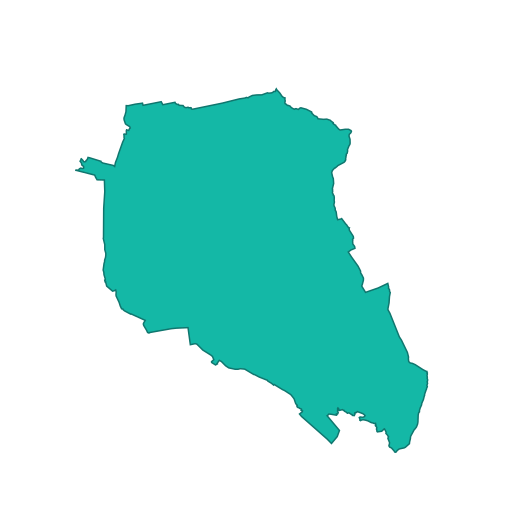 Mironeasa, Iasi, Romania, rotated 192°
{"feature_id": "2599482B12728862677042", "entity_name": "Mironeasa", "entity_type": "district", "adm_level": 2, "iso_a3": "ROU", "parent_name": "Romania", "parent_adm1": "Iasi", "projection": "robinson", "projection_center": [27.412, 46.987], "detail": "fine", "context": "isolated", "style": "filled", "palette": "teal", "viewbox_px": 512, "rotation_deg": 192, "n_neighbors": 0, "source": "geoboundaries", "source_scale": "gbopen_adm2", "svg_char_len": 6076}
<svg xmlns="http://www.w3.org/2000/svg" viewBox="0 0 512 512"><g transform="rotate(192 256 256)"><path d="M320.8,398.5L348.5,386.4L349.7,386.4L350.2,387.1L350.2,387.4L350.7,387.5L352.6,387.0L353.4,387.4L354.7,386.7L356.3,386.5L357.5,387.0L358.6,388.0L362.6,387.4L363.4,388.2L364.8,387.9L366.6,388.6L367.2,389.5L378.6,384.6L380.8,387.2L397.8,379.9L398.8,381.9L405.7,379.4L412.1,376.5L414.2,376.1L413.2,370.1L413.4,366.5L413.8,364.0L413.7,362.9L413.3,361.7L411.2,358.2L410.4,357.7L406.5,356.3L405.6,355.1L406.3,354.0L406.6,352.3L408.8,352.5L408.9,351.6L408.1,348.4L408.3,348.1L410.3,347.9L410.6,347.6L410.1,346.3L409.7,344.4L409.2,343.6L410.1,339.7L411.7,327.5L412.0,323.7L412.9,318.3L412.9,314.2L414.4,314.9L425.2,315.1L426.5,315.5L427.4,316.1L427.4,316.4L439.3,317.5L440.8,317.5L441.0,315.9L441.5,314.7L442.1,314.0L442.2,313.0L443.4,312.4L444.1,312.4L445.3,313.6L447.1,314.8L447.3,314.6L447.3,313.6L447.8,312.1L446.2,310.8L445.2,308.7L443.3,307.8L442.8,306.3L443.0,305.9L443.8,305.5L445.8,305.5L446.9,304.5L447.5,303.0L449.4,302.8L450.7,302.2L449.9,302.4L430.6,301.6L429.3,299.7L427.3,297.5L420.1,298.8L417.3,287.5L414.9,271.0L409.0,242.3L409.1,241.6L406.3,235.7L405.2,230.7L403.5,227.5L403.1,225.6L402.9,223.5L403.2,220.5L402.9,218.6L403.1,217.4L402.6,210.5L401.5,208.5L400.8,206.1L398.7,202.3L398.5,201.5L399.0,201.0L398.7,200.3L397.8,199.9L397.8,199.5L398.1,199.2L397.2,198.4L395.8,195.5L389.0,191.8L387.5,192.5L386.2,193.6L385.3,191.7L384.9,189.0L384.5,187.8L380.2,182.1L378.4,178.9L376.5,176.4L375.1,176.4L374.7,175.8L373.2,175.0L366.6,173.1L366.4,173.4L351.0,170.0L352.1,166.7L351.9,165.6L351.3,164.6L347.6,160.6L346.1,158.6L345.5,158.7L345.0,158.4L344.2,158.7L344.2,159.0L324.0,167.2L318.8,168.9L307.6,171.8L301.8,155.6L297.3,157.6L295.5,157.5L288.4,152.9L279.6,149.7L277.7,148.7L275.7,145.8L277.5,143.5L277.4,142.9L277.0,142.5L272.9,141.0L271.4,142.4L271.8,142.7L270.2,146.3L267.9,145.6L262.9,142.3L259.4,140.9L252.9,140.9L250.0,141.5L248.0,142.5L243.5,143.0L233.5,139.6L232.7,139.7L227.8,138.3L219.1,136.8L218.4,136.1L214.4,134.7L211.9,133.4L211.5,134.1L202.2,130.8L200.3,130.4L194.0,128.0L192.8,127.4L189.1,124.3L186.6,120.1L185.6,119.1L184.7,118.7L184.5,118.2L184.8,117.9L184.5,117.1L183.4,116.5L182.5,116.6L181.9,116.1L179.7,115.7L179.5,115.2L179.8,114.5L178.3,114.1L178.4,113.2L180.6,110.5L178.1,108.5L148.3,91.7L143.2,88.3L139.0,96.2L138.1,102.7L153.2,114.5L152.7,114.9L152.2,116.2L151.9,116.5L150.1,116.8L144.2,117.0L143.9,117.5L144.4,118.3L143.3,118.6L143.0,119.8L143.9,120.8L143.8,121.3L144.1,121.9L144.0,122.1L144.5,123.6L144.3,124.4L143.6,124.1L142.5,122.2L139.5,123.7L138.5,123.2L137.8,123.3L137.3,122.6L134.9,121.9L134.3,121.4L133.9,121.2L132.8,121.8L132.1,121.8L129.9,120.9L129.0,120.8L128.6,120.1L126.7,120.3L126.3,122.2L126.8,122.6L126.8,123.0L126.1,123.6L125.1,123.8L124.6,124.9L118.7,124.0L116.9,123.2L116.1,122.4L117.1,120.9L118.2,120.4L120.6,120.2L121.4,119.5L120.3,117.7L120.3,117.0L119.5,116.7L118.8,117.4L117.3,118.1L114.9,118.2L112.3,118.0L108.7,117.0L107.1,117.0L105.4,116.7L104.3,117.2L103.5,115.4L104.0,115.2L103.9,114.8L102.4,113.7L102.1,113.1L102.2,111.7L101.7,111.1L101.3,109.7L100.7,109.2L96.6,110.7L94.6,113.6L94.4,113.6L92.4,111.2L92.1,110.6L92.0,109.4L90.6,108.5L88.8,106.7L89.1,106.2L88.8,105.2L89.0,104.9L86.6,101.3L86.4,99.8L86.6,98.4L86.2,97.5L85.4,96.8L83.9,96.5L83.3,96.2L80.2,93.9L79.7,93.2L79.0,93.0L78.2,93.4L77.4,95.2L75.7,97.1L71.2,99.1L70.1,100.0L66.9,104.3L67.1,106.1L67.0,109.5L67.2,110.7L67.2,112.0L65.0,119.4L64.6,119.7L63.5,122.1L63.0,125.2L63.1,127.3L64.3,134.2L64.3,136.6L63.7,137.5L64.0,139.0L63.8,141.5L63.1,144.6L63.2,146.5L62.4,150.4L62.3,154.0L62.1,154.5L62.3,155.5L62.2,157.0L61.9,159.2L62.0,159.4L61.6,160.8L61.6,162.7L61.4,162.9L61.3,164.1L62.0,165.0L61.7,167.1L62.5,168.7L62.2,169.5L62.5,171.0L63.2,172.0L63.2,173.0L63.9,174.7L63.8,175.9L64.0,176.6L64.3,176.8L64.1,177.3L64.8,178.0L64.8,178.6L65.7,178.6L69.2,179.6L77.6,182.8L80.8,183.5L82.9,183.4L84.7,184.5L85.6,187.2L85.8,188.9L87.9,193.2L96.2,203.9L99.0,206.7L113.1,227.8L115.7,230.8L116.0,231.8L116.1,237.7L117.0,244.1L117.1,248.2L118.0,249.2L118.3,250.5L118.7,251.2L119.7,251.9L119.8,253.2L121.4,256.6L129.9,250.1L141.3,243.2L146.4,248.6L146.1,250.0L145.9,254.7L146.3,256.7L148.8,259.9L150.1,261.1L150.6,263.0L154.0,267.2L162.3,274.8L166.6,279.1L164.4,281.6L160.8,284.1L161.5,285.8L163.8,287.9L164.6,290.7L164.6,291.7L165.0,292.3L164.8,292.5L164.7,293.2L164.3,293.7L164.9,295.4L170.1,300.7L170.7,302.6L170.6,302.9L171.2,302.9L172.8,304.2L173.9,305.4L174.7,305.8L180.0,310.4L180.5,309.9L183.7,308.5L185.2,311.4L186.7,315.7L187.3,316.6L188.0,317.2L188.3,318.6L188.8,319.7L189.9,321.0L190.5,322.3L190.5,325.1L191.1,326.6L191.5,329.1L192.1,330.9L192.6,331.5L193.2,331.7L193.3,332.4L194.3,333.5L194.5,334.2L194.4,334.7L194.6,335.4L194.5,335.6L195.0,336.4L194.9,337.1L195.3,337.8L195.1,343.0L196.0,346.2L196.6,348.2L197.2,348.7L199.3,353.2L199.1,355.4L197.4,358.4L196.9,358.5L195.1,360.8L194.8,361.4L189.4,365.9L188.6,367.1L188.7,367.6L188.4,368.0L188.2,368.8L188.6,369.5L188.5,370.9L188.8,371.6L188.6,371.9L188.8,372.3L188.6,373.4L188.9,374.3L188.2,375.5L188.2,377.8L188.6,378.8L188.6,379.4L187.9,383.3L187.4,384.5L187.4,385.9L188.3,389.7L189.9,392.5L190.1,393.9L189.9,394.7L188.9,396.1L188.6,397.4L188.6,397.9L189.2,398.5L191.8,399.2L195.1,398.5L199.7,396.8L200.3,396.8L201.6,397.4L205.1,400.1L205.3,400.5L206.4,400.7L208.2,401.6L208.0,402.2L208.2,402.5L210.3,403.4L211.6,404.2L215.2,404.6L218.4,403.7L223.9,403.1L224.8,404.4L225.7,405.0L228.2,405.4L231.4,407.5L231.5,407.8L231.3,408.1L231.6,408.5L237.3,410.0L242.8,410.3L243.6,410.0L245.2,408.1L247.2,408.5L248.3,408.2L248.9,407.5L251.0,408.0L253.1,409.0L253.8,409.7L255.7,410.0L256.4,409.8L258.4,410.9L259.2,411.1L259.8,412.5L259.6,413.6L260.3,415.2L260.5,416.7L261.9,416.7L263.7,417.6L266.5,420.3L270.2,422.9L270.9,423.7L271.2,422.8L271.1,421.5L271.2,421.0L272.6,420.8L273.9,419.3L274.7,418.8L277.3,417.9L278.7,418.0L283.9,414.8L288.8,413.7L292.9,412.3L295.8,410.1L296.6,409.1L298.5,409.1L299.1,408.5L300.2,408.0L305.0,406.2L320.8,398.5Z" fill="#14b8a6" stroke="#0f766e" stroke-width="1.5"/></g></svg>